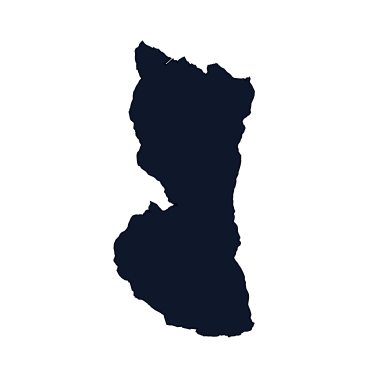 the district of Otesani, Vâlcea, Romania, rotated 29°
{"feature_id": "2599482B27410059128646", "entity_name": "Otesani", "entity_type": "district", "adm_level": 2, "iso_a3": "ROU", "parent_name": "Romania", "parent_adm1": "Vâlcea", "projection": "mercator", "projection_center": [24.032, 45.056], "detail": "fine", "context": "isolated", "style": "filled", "palette": "ink", "viewbox_px": 384, "rotation_deg": 29, "n_neighbors": 0, "source": "geoboundaries", "source_scale": "gbopen_adm2", "svg_char_len": 5987}
<svg xmlns="http://www.w3.org/2000/svg" viewBox="0 0 384 384"><g transform="rotate(29 192 192)"><path d="M310.2,283.4L309.7,281.0L310.1,280.1L309.7,276.9L307.5,277.0L305.0,275.0L303.4,274.1L303.3,272.6L302.5,270.4L299.5,267.4L296.5,265.0L294.9,263.4L292.7,257.4L290.9,254.4L289.0,252.8L286.6,251.2L285.7,250.5L283.1,247.0L282.4,245.3L280.0,243.4L278.9,241.2L278.0,240.1L276.7,239.3L276.1,238.6L271.0,235.1L267.9,233.7L266.3,232.6L263.1,231.4L260.2,229.7L260.0,229.3L259.9,227.9L259.9,225.5L259.2,223.6L258.9,221.9L259.1,221.3L258.6,220.8L258.9,220.5L258.5,220.2L258.7,219.8L258.3,218.6L258.2,217.9L258.5,216.8L259.3,215.2L259.3,214.5L258.9,213.1L258.5,212.7L255.7,211.5L256.0,210.6L255.9,208.9L255.1,208.1L252.4,206.2L250.5,204.4L249.8,202.9L248.4,200.8L247.2,199.8L244.8,198.9L243.4,198.6L241.9,197.5L241.9,196.2L241.3,194.3L240.7,193.4L240.6,192.9L239.1,191.7L238.4,190.6L238.6,188.7L238.5,188.2L236.3,186.6L235.4,185.2L234.6,184.9L233.2,182.9L231.9,180.1L230.9,179.4L229.6,176.3L228.5,174.3L227.6,170.8L227.0,170.0L226.7,168.7L226.7,166.5L225.6,162.8L225.1,161.5L223.6,159.3L223.4,154.5L222.3,152.0L221.8,149.3L220.8,145.1L219.4,141.3L218.7,140.4L216.7,136.5L215.0,136.0L214.4,135.4L212.4,134.4L211.9,133.2L211.6,133.1L211.7,132.8L211.5,132.3L210.2,131.5L209.1,129.9L208.6,127.5L209.1,124.9L208.6,122.6L208.6,120.3L207.3,117.3L207.4,116.4L207.5,116.4L207.7,115.9L207.8,114.3L207.4,112.2L207.3,110.9L206.7,109.9L206.0,109.6L205.5,109.0L203.9,108.6L201.2,105.9L201.2,103.0L201.4,102.3L202.9,99.5L203.1,98.2L204.1,96.9L204.4,95.1L204.4,94.1L202.8,92.4L202.0,89.6L200.3,85.8L199.9,81.1L199.3,77.7L197.5,73.8L192.2,70.0L188.7,68.3L188.1,67.1L187.9,65.4L187.6,64.8L186.9,64.3L186.9,64.8L185.7,65.2L184.5,66.3L184.8,68.2L182.5,68.0L180.2,69.7L173.4,72.6L170.8,72.2L169.3,71.4L167.0,70.9L164.4,70.7L160.4,69.2L159.3,69.2L156.5,69.5L155.0,68.8L153.8,68.9L152.1,68.0L150.8,68.3L150.3,69.5L149.3,69.7L149.1,70.2L148.3,70.8L147.9,71.9L147.4,71.6L147.0,71.7L146.9,72.4L146.4,72.5L146.1,73.0L144.9,73.6L145.6,76.3L147.9,79.1L148.0,80.6L147.3,82.7L147.0,83.0L145.5,82.3L144.4,82.6L143.5,82.5L141.2,80.9L138.9,81.0L135.5,81.6L134.7,80.5L133.3,79.9L132.4,80.8L131.9,80.5L129.7,80.4L129.4,81.1L129.1,82.3L125.4,80.4L124.3,81.0L119.9,78.0L118.3,80.3L117.9,81.3L117.1,82.4L117.0,83.3L116.5,84.3L116.3,85.3L116.4,85.8L115.5,85.5L114.9,84.9L112.2,86.2L111.0,85.2L110.4,86.6L108.8,91.4L107.8,93.4L106.9,93.3L105.7,92.5L106.8,90.7L108.5,85.5L107.3,85.5L106.6,86.1L103.6,86.0L100.3,84.8L98.3,84.5L97.0,84.9L93.5,83.7L91.4,84.6L89.4,84.8L88.7,84.5L88.3,85.4L87.5,85.8L83.6,85.8L81.6,86.1L80.2,86.0L77.7,85.5L75.7,84.4L75.3,85.6L74.9,88.1L74.9,88.5L75.3,89.4L75.3,90.8L74.9,92.1L73.8,93.8L73.9,95.3L74.3,96.5L75.0,97.1L76.5,99.5L76.9,100.7L78.2,103.0L79.6,104.7L81.6,106.2L82.6,108.3L83.5,109.6L84.2,111.1L85.2,110.9L86.1,111.3L87.3,112.7L89.5,114.4L90.3,115.4L92.3,116.4L93.6,117.3L92.9,118.6L92.5,120.4L92.7,121.7L92.7,124.6L92.4,125.6L92.6,126.7L92.5,128.4L93.0,130.9L92.7,132.2L93.2,133.8L93.7,134.8L94.0,136.0L95.9,139.2L96.1,142.1L96.6,144.7L97.7,148.0L97.9,150.0L98.5,151.1L98.3,151.8L98.4,152.4L103.1,157.9L104.4,158.5L107.1,158.8L108.1,159.4L109.4,161.8L110.4,164.3L113.1,165.3L113.6,166.4L114.0,166.7L114.7,166.9L115.3,167.7L114.8,168.0L115.8,169.4L117.5,170.2L118.4,170.8L120.3,171.2L122.6,173.7L124.1,174.3L125.0,175.0L125.4,175.9L125.5,178.1L126.1,179.7L126.0,180.8L126.2,181.9L125.6,183.8L125.7,184.3L126.4,185.3L126.0,185.3L126.0,185.6L126.6,187.0L130.2,192.4L132.1,194.3L134.3,194.0L136.4,195.3L142.2,195.9L145.6,197.4L151.5,196.8L153.9,197.3L155.7,198.0L158.2,197.7L160.0,197.9L160.0,198.4L161.2,199.4L164.0,200.7L164.4,200.4L166.3,201.7L166.8,201.6L168.0,202.3L167.6,202.6L168.1,205.1L170.2,205.7L170.3,206.1L172.2,207.7L174.4,208.3L175.3,209.5L175.8,209.5L175.5,210.2L175.9,210.5L175.7,210.7L176.1,211.0L176.4,210.6L177.2,211.3L177.7,210.9L181.2,211.1L181.9,210.9L182.3,210.6L183.1,210.5L183.3,210.3L184.1,210.3L184.7,209.9L185.3,211.0L184.3,211.6L182.8,211.7L183.0,212.1L182.7,212.7L183.0,213.1L182.1,213.9L182.3,214.1L181.6,214.3L180.6,215.6L180.3,216.5L179.7,217.2L179.6,218.8L178.9,219.5L178.7,220.1L177.5,222.0L176.4,222.7L175.2,223.1L174.3,223.1L172.4,222.3L170.1,221.7L168.5,220.9L166.8,220.3L160.8,220.7L161.7,221.7L162.0,223.4L161.8,225.1L162.0,226.3L162.7,227.5L164.2,229.4L164.3,229.9L163.3,230.0L162.2,229.5L161.8,229.7L161.0,231.1L160.9,232.3L161.2,233.1L160.7,233.7L160.5,234.2L160.6,235.8L160.4,236.2L157.6,237.3L156.5,238.5L154.5,239.2L152.6,241.0L152.0,242.1L151.8,243.5L151.8,245.5L152.1,247.2L152.2,249.7L152.6,251.5L153.3,253.3L153.2,256.3L152.5,259.1L150.6,261.7L150.2,262.8L150.0,264.8L150.3,266.1L149.0,270.9L149.3,272.4L149.3,274.2L149.7,275.4L151.2,278.7L152.8,280.5L155.3,284.0L156.4,284.6L156.4,285.7L156.7,286.9L156.7,288.5L157.0,289.5L157.8,290.2L159.5,290.9L161.2,291.9L163.7,292.4L164.2,294.5L164.8,295.8L164.5,296.6L164.7,296.9L168.9,299.6L172.5,300.7L175.9,300.9L178.7,300.0L179.5,300.1L180.4,301.0L181.7,300.6L187.4,306.5L189.6,306.8L190.5,308.1L191.5,310.3L193.2,310.4L193.4,311.1L196.1,310.9L197.7,311.2L198.4,310.6L199.9,310.0L201.8,309.8L207.2,310.4L208.1,310.9L210.0,311.1L211.5,311.5L212.1,311.9L215.1,312.2L216.6,312.5L223.3,312.3L224.7,312.7L226.8,312.5L227.1,312.6L229.1,314.8L234.2,319.7L236.8,318.8L236.7,318.4L237.8,318.3L239.0,317.5L240.2,317.5L242.2,316.9L244.2,316.7L245.4,316.0L248.0,314.2L248.6,314.1L249.5,314.6L256.3,312.6L256.7,312.4L256.7,311.7L262.5,309.2L263.2,309.6L263.4,312.0L265.0,311.8L265.4,312.1L265.4,312.5L267.1,312.5L268.4,312.2L269.7,312.2L270.8,311.7L271.9,311.9L274.6,310.2L275.7,310.0L277.3,308.9L280.8,307.4L283.6,305.7L284.7,304.5L284.7,303.7L285.1,303.2L287.2,302.6L287.9,301.9L289.1,301.0L290.8,300.4L291.1,300.7L291.7,300.1L292.8,299.8L293.5,300.0L294.0,300.6L294.7,300.4L295.0,300.1L294.9,299.7L295.6,298.9L298.7,296.9L300.2,295.2L301.7,294.6L303.1,293.2L303.2,292.3L302.8,291.1L304.0,290.1L304.9,288.2L307.7,286.7L309.7,284.7L310.1,284.1L310.2,283.4Z" fill="#0f172a" stroke="#020617" stroke-width="1.5"/></g></svg>